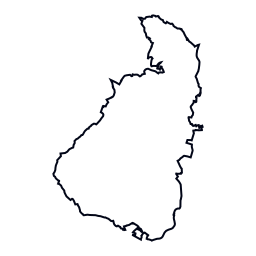 Panet, Mures, Romania
{"feature_id": "2599482B21044772325491", "entity_name": "Panet", "entity_type": "district", "adm_level": 2, "iso_a3": "ROU", "parent_name": "Romania", "parent_adm1": "Mures", "projection": "mercator", "projection_center": [24.446, 46.561], "detail": "fine", "context": "isolated", "style": "outline", "palette": "ink", "viewbox_px": 256, "rotation_deg": 0, "n_neighbors": 0, "source": "geoboundaries", "source_scale": "gbopen_adm2", "svg_char_len": 5825}
<svg xmlns="http://www.w3.org/2000/svg" viewBox="0 0 256 256"><path d="M151.8,240.6L153.1,240.0L157.0,238.8L159.5,238.6L160.5,238.3L161.6,237.7L162.6,236.6L164.6,232.5L166.2,230.8L168.5,229.7L171.6,228.7L172.8,227.9L174.5,225.6L174.8,224.7L174.9,223.8L174.4,221.0L174.0,219.5L173.8,218.2L173.8,217.0L174.2,215.4L173.5,215.0L173.6,214.2L174.2,213.8L174.3,213.4L174.1,212.8L174.4,211.8L174.9,210.5L175.7,209.5L177.0,208.8L178.0,208.5L179.3,208.6L179.8,208.1L180.4,206.7L180.5,200.4L180.9,199.1L181.5,196.0L180.7,184.7L180.2,183.6L178.9,181.5L176.3,178.6L177.9,176.6L176.3,174.1L176.5,174.0L176.5,173.6L177.8,173.8L180.9,173.7L180.9,173.0L181.9,172.7L181.7,168.6L181.1,168.1L180.1,166.3L177.6,160.8L179.3,159.9L180.5,158.4L182.4,157.1L183.5,156.1L184.1,155.8L187.4,156.4L190.7,157.4L192.6,150.8L192.6,150.1L191.8,146.9L191.9,144.5L186.5,142.8L187.4,140.0L190.7,140.1L191.7,140.4L193.9,133.2L193.4,131.6L193.3,130.6L195.6,130.3L195.7,130.0L198.8,130.3L201.9,130.1L201.9,129.5L201.2,127.5L202.6,126.9L202.2,125.7L201.3,126.1L200.9,125.9L200.3,126.3L200.2,126.6L199.6,126.8L199.8,127.7L199.3,127.9L198.7,125.1L196.9,125.5L196.4,126.3L196.2,126.3L195.6,124.9L195.3,125.0L194.1,125.8L193.1,125.9L192.6,124.9L192.1,124.9L191.9,124.0L190.6,124.0L190.0,122.1L189.1,120.8L188.8,118.8L188.5,117.9L188.6,117.2L188.8,117.1L191.4,117.5L191.9,116.1L192.8,115.0L192.9,114.4L193.2,112.6L191.5,109.3L190.7,107.1L190.8,106.4L192.4,104.5L193.0,103.5L193.7,102.7L193.7,100.9L194.5,101.0L195.7,102.1L196.2,101.9L196.4,101.2L196.3,99.5L196.5,98.9L196.5,96.6L196.0,96.8L196.0,96.6L198.2,94.9L199.1,96.0L199.9,95.5L200.7,92.8L200.5,92.5L200.2,92.6L200.6,91.4L200.5,89.6L200.9,88.1L199.4,87.2L198.8,86.5L198.6,85.8L198.5,85.1L198.7,84.1L198.0,83.1L196.7,78.7L195.8,77.1L195.6,76.4L198.4,70.9L198.4,70.3L198.8,68.9L199.3,65.0L199.5,62.0L199.1,60.7L197.3,57.9L196.8,56.7L196.6,55.3L196.7,53.4L197.0,51.6L197.0,50.8L199.0,44.7L197.9,45.0L194.7,46.6L194.2,45.6L190.5,42.3L189.2,41.5L187.9,39.4L187.7,40.1L186.9,39.9L186.8,39.4L186.9,39.0L186.8,38.6L184.4,34.1L184.1,33.2L183.8,32.8L183.4,31.9L182.5,31.0L181.9,29.9L180.9,29.4L181.1,29.0L179.2,28.5L177.4,28.5L176.0,27.5L175.2,27.2L173.5,25.9L173.3,25.1L172.5,24.0L172.0,23.6L170.9,24.0L169.4,23.4L167.6,22.4L166.9,21.9L166.5,22.6L165.8,23.3L164.5,22.6L163.7,22.1L163.4,21.6L162.8,20.0L161.6,19.7L160.8,19.2L158.9,17.4L158.6,16.9L158.7,16.5L158.0,16.0L155.8,16.5L155.3,15.9L153.1,15.4L152.0,15.7L151.8,17.0L149.6,16.6L146.7,17.0L146.2,17.1L145.0,18.7L143.6,18.8L142.4,18.4L141.5,17.8L139.3,17.7L140.9,20.1L141.7,20.7L142.5,20.7L142.5,20.8L142.0,21.6L141.8,22.7L141.4,23.8L144.4,27.8L144.3,30.2L144.6,31.7L145.7,33.2L146.0,34.1L146.1,35.1L146.6,36.7L146.9,37.4L147.0,37.6L148.4,37.5L149.8,38.4L149.0,39.2L150.3,40.4L150.6,40.8L151.0,42.1L151.4,42.5L152.9,43.0L151.4,46.6L151.7,46.8L149.2,51.9L148.4,53.7L147.9,58.3L148.2,58.4L148.8,57.5L151.0,57.0L151.7,57.3L152.5,58.5L152.0,58.9L151.4,60.7L151.0,63.8L151.0,65.0L151.2,65.7L151.5,66.2L151.8,66.3L153.0,65.9L156.4,66.0L156.8,65.8L158.7,63.4L160.2,62.5L161.0,62.3L160.4,63.1L160.1,63.1L159.5,63.6L159.0,64.3L158.3,66.4L157.2,68.1L157.2,68.5L158.1,68.8L158.4,68.7L159.4,68.9L159.7,69.1L159.9,69.4L160.1,68.9L160.3,67.8L160.6,68.0L161.0,66.5L161.6,66.7L161.5,67.4L162.7,69.3L163.3,70.6L163.8,72.0L162.5,72.6L160.9,72.4L159.0,72.5L158.3,73.4L157.5,72.9L155.7,71.5L154.8,71.1L151.3,70.2L148.3,68.8L147.5,68.8L146.3,69.1L145.2,69.8L144.3,71.0L144.2,71.4L144.3,72.2L144.8,73.8L142.2,74.4L141.2,75.6L139.9,76.4L137.7,74.8L137.3,74.7L136.0,74.6L134.3,74.8L132.7,74.4L132.3,76.0L131.7,76.2L131.3,76.1L131.0,75.5L130.0,74.8L126.5,75.3L124.7,75.8L123.9,76.6L121.2,80.4L121.5,80.6L119.3,84.4L115.9,82.4L110.7,79.9L112.3,83.1L112.6,84.9L113.1,86.8L112.8,86.9L113.0,87.7L114.4,89.8L114.7,92.4L113.8,95.3L113.0,96.6L111.8,97.4L111.7,97.2L109.6,98.4L106.6,99.6L108.2,102.3L106.6,104.3L105.7,106.4L103.6,106.0L103.4,106.8L102.8,106.5L100.8,112.2L102.3,113.1L103.1,113.9L103.4,114.8L103.1,116.2L101.4,118.3L100.0,120.4L96.8,123.9L96.2,124.4L95.1,123.8L93.8,123.7L91.8,124.9L91.3,125.3L91.1,125.8L89.2,127.2L88.9,127.7L88.7,128.6L88.3,128.7L87.7,128.6L87.3,128.8L85.2,130.7L84.5,131.6L82.9,134.5L82.4,135.0L81.4,135.1L80.1,136.7L79.5,137.0L77.6,138.7L76.4,139.1L74.5,141.1L74.7,142.0L74.6,143.3L73.7,144.7L73.2,147.5L72.0,147.9L69.6,149.1L69.1,149.5L67.3,151.7L65.1,153.0L60.5,153.5L60.9,156.2L57.2,160.2L57.4,161.7L55.9,165.4L55.5,167.6L55.3,170.0L54.6,171.9L53.4,173.8L53.9,175.9L55.1,176.8L55.7,178.1L56.4,178.9L58.2,180.4L59.1,180.8L59.1,181.2L58.6,181.9L58.2,183.5L58.9,183.5L59.0,183.7L58.7,183.9L59.6,184.3L61.1,185.6L62.0,187.8L64.2,190.5L64.4,191.2L64.3,191.8L64.9,193.3L66.5,196.4L70.5,200.0L72.1,198.8L72.7,199.0L73.8,200.6L75.3,204.4L77.5,204.1L78.1,205.6L79.1,207.2L80.0,210.3L80.0,211.2L80.3,211.8L81.9,213.6L82.7,214.0L83.5,215.2L84.2,215.2L87.4,214.7L89.9,215.0L95.6,215.2L98.2,215.9L100.5,216.2L104.5,217.5L105.3,217.4L106.9,218.2L108.5,218.8L111.1,221.0L112.1,221.1L113.2,220.8L113.5,221.5L113.7,222.8L114.1,224.0L114.6,224.8L115.7,225.9L116.5,226.3L117.0,226.3L117.4,225.9L117.8,225.7L118.4,225.8L119.3,226.6L120.2,226.9L120.3,227.5L120.5,227.6L121.1,228.5L122.6,228.7L122.8,229.0L123.0,229.7L123.6,229.6L124.1,230.1L125.3,229.9L124.3,227.5L124.0,226.4L126.5,225.8L126.6,225.5L129.0,225.0L132.4,222.9L133.1,223.1L132.9,223.6L134.1,223.7L135.5,224.5L137.3,225.6L138.5,226.7L138.5,227.0L138.1,227.4L140.9,229.0L142.3,231.7L141.7,231.9L140.8,231.1L140.7,230.7L140.3,230.4L136.7,228.7L134.0,231.1L133.0,232.3L135.5,233.4L135.1,235.3L133.0,234.8L132.9,235.2L140.9,239.6L141.0,238.7L141.6,237.4L141.6,236.6L141.4,235.8L141.7,235.6L142.3,234.4L142.9,233.6L144.7,232.6L146.7,234.1L146.8,234.5L147.5,234.6L148.2,235.2L147.3,236.6L146.8,237.7L146.8,238.5L146.7,238.8L147.8,239.3L148.6,239.3L151.1,240.1L151.8,240.6Z" fill="none" stroke="#020617" stroke-width="2"/></svg>